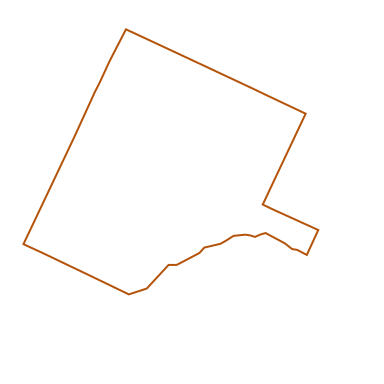 outline of Anoka, Minnesota, United States of America, rotated 295°
{"feature_id": "52423323B48420987628621", "entity_name": "Anoka", "entity_type": "district", "adm_level": 2, "iso_a3": "USA", "parent_name": "United States of America", "parent_adm1": "Minnesota", "projection": "mercator", "projection_center": [-93.252, 45.225], "detail": "fine", "context": "isolated", "style": "outline", "palette": "amber", "viewbox_px": 384, "rotation_deg": 295, "n_neighbors": 0, "source": "geoboundaries", "source_scale": "gbopen_adm2", "svg_char_len": 657}
<svg xmlns="http://www.w3.org/2000/svg" viewBox="0 0 384 384"><g transform="rotate(295 192 192)"><path d="M311.5,63.4L275.7,62.0L252.0,62.1L241.9,61.7L192.2,62.1L73.5,61.3L73.6,81.5L73.0,141.0L72.5,178.0L85.4,191.8L116.0,201.6L119.5,209.0L139.9,224.5L146.9,226.7L157.1,239.7L161.7,243.0L169.8,248.2L175.9,258.4L177.3,263.3L177.9,268.0L182.8,272.4L185.9,276.0L184.7,297.7L182.6,306.8L184.0,311.8L183.5,322.7L189.0,322.6L210.9,322.5L210.8,312.7L210.7,304.7L210.7,302.3L210.5,282.9L210.4,273.4L210.5,261.4L217.8,261.5L229.4,261.5L269.2,261.7L311.0,261.9L311.2,220.6L311.4,202.1L311.5,142.7L311.5,63.4Z" fill="none" stroke="#b45309" stroke-width="2"/></g></svg>